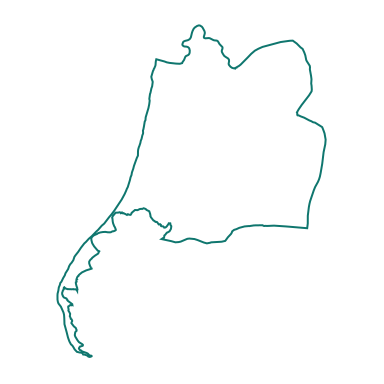 the district of Yaring, Pattani, Thailand, rotated 271°
{"feature_id": "78962969B69014167770577", "entity_name": "Yaring", "entity_type": "district", "adm_level": 2, "iso_a3": "THA", "parent_name": "Thailand", "parent_adm1": "Pattani", "projection": "orthographic", "projection_center": [101.357, 6.855], "detail": "fine", "context": "isolated", "style": "outline", "palette": "teal", "viewbox_px": 384, "rotation_deg": 271, "n_neighbors": 0, "source": "geoboundaries", "source_scale": "gbopen_adm2", "svg_char_len": 5855}
<svg xmlns="http://www.w3.org/2000/svg" viewBox="0 0 384 384"><g transform="rotate(271 192 192)"><path d="M330.6,302.9L333.5,301.8L337.0,300.1L338.5,298.0L342.3,294.1L345.1,290.1L344.9,287.0L343.5,278.1L338.3,260.0L336.4,255.9L334.4,252.4L331.2,248.8L327.3,245.2L320.2,238.4L318.9,236.8L317.4,234.3L317.1,234.3L316.8,233.1L316.2,233.0L316.5,231.1L316.9,229.8L318.0,228.2L319.8,226.7L320.8,226.4L323.6,226.8L325.0,226.6L326.1,225.8L327.7,223.2L328.7,221.8L330.6,220.5L332.4,219.5L333.3,219.3L334.3,219.4L335.6,219.9L336.8,220.0L337.5,219.8L340.3,217.0L343.1,215.3L343.8,214.2L344.0,211.8L344.2,210.9L346.1,207.0L346.2,205.8L345.9,202.7L346.2,201.6L346.5,201.3L347.2,201.1L350.7,202.0L351.8,202.0L353.2,201.6L356.4,199.8L357.5,198.9L358.6,197.0L358.7,195.9L358.1,194.2L357.0,192.6L356.5,191.9L355.2,190.8L353.1,189.8L351.3,189.2L346.8,188.2L345.6,187.6L344.7,186.9L343.7,185.2L343.0,182.5L342.5,181.4L342.1,180.8L341.4,180.4L339.5,179.8L338.6,180.0L338.2,180.3L337.4,181.6L337.2,184.2L336.8,185.4L336.1,186.3L335.3,186.8L333.4,187.3L331.1,187.2L330.0,186.8L329.2,186.2L328.8,185.7L327.9,183.8L327.5,183.3L326.7,182.8L324.0,181.8L321.4,180.1L320.7,179.9L320.0,177.6L320.1,173.9L320.7,167.3L321.2,164.5L322.0,162.3L324.1,154.0L322.4,153.6L320.3,153.4L319.2,153.4L317.7,153.2L315.0,152.1L314.4,151.7L313.3,151.4L312.4,150.9L306.5,149.3L304.2,149.8L302.1,150.6L301.4,150.8L296.9,150.3L294.9,149.6L290.3,148.7L289.3,148.3L284.3,147.7L282.6,148.1L279.0,147.7L275.2,147.0L265.9,144.4L263.0,144.2L261.6,143.5L257.3,142.9L253.8,142.3L252.7,141.9L250.2,142.1L249.4,142.0L247.9,141.4L244.1,140.6L242.4,139.9L240.1,139.5L236.9,138.5L236.0,138.1L233.7,137.5L232.1,137.3L227.4,137.3L225.0,136.2L217.0,133.5L214.4,132.9L210.5,131.6L207.9,131.2L205.6,130.3L202.7,129.7L195.8,127.7L194.0,126.8L192.1,126.1L188.8,124.7L183.2,121.8L171.8,114.5L168.2,111.9L165.3,109.5L158.9,104.8L156.7,102.3L152.4,98.7L150.7,96.9L146.0,92.5L143.4,89.6L140.3,86.9L138.7,85.2L134.4,82.0L130.2,79.3L126.8,76.7L125.2,75.6L121.7,74.5L119.1,72.8L117.6,71.5L115.6,70.4L112.8,69.5L108.5,66.9L106.5,66.3L103.7,64.7L100.0,63.0L98.7,61.9L96.8,61.5L94.3,60.5L91.1,60.1L88.1,59.4L86.4,59.3L82.0,59.4L79.9,59.8L78.2,60.4L75.1,62.9L69.3,65.6L67.0,66.2L63.7,66.5L57.6,66.8L49.7,69.1L44.5,70.5L42.3,71.3L40.3,72.1L37.6,73.6L36.3,75.1L34.5,76.3L32.6,77.4L30.2,79.7L29.5,82.7L29.5,83.9L28.9,85.3L27.6,86.0L27.5,87.6L26.6,90.2L25.7,91.1L25.3,92.3L25.5,93.5L26.0,94.5L26.3,94.5L26.6,94.1L26.8,92.4L28.5,90.8L29.2,89.5L30.4,85.8L30.8,84.8L31.8,83.6L32.0,82.7L33.4,81.7L33.8,81.7L34.6,82.1L35.5,82.7L36.2,85.0L36.5,85.5L37.2,85.6L37.8,85.1L39.9,81.6L41.6,80.2L45.4,77.8L46.9,77.3L49.7,77.7L50.6,78.3L51.2,79.0L52.0,79.0L54.1,78.1L55.6,76.2L58.8,73.7L59.7,73.9L60.2,74.2L61.0,74.5L62.5,73.9L62.8,73.6L63.0,73.0L64.3,72.7L65.6,72.0L68.0,72.3L69.5,71.6L71.2,70.5L72.1,70.7L74.8,70.2L75.4,70.3L75.5,70.6L76.8,72.2L76.6,73.5L76.9,74.1L76.8,74.4L77.8,74.2L81.0,69.8L81.6,69.2L82.3,69.2L83.1,68.3L83.4,68.2L84.2,66.0L84.6,65.5L85.7,64.7L86.4,64.6L87.0,64.1L88.7,63.9L89.5,64.1L90.6,64.5L91.3,64.6L92.4,65.5L93.6,65.4L94.2,65.6L94.5,66.0L94.0,66.4L93.5,67.2L93.1,67.8L92.9,68.8L92.7,69.1L92.7,71.1L92.7,72.2L92.6,73.1L92.8,75.1L92.6,75.3L92.7,77.1L91.9,78.5L91.2,78.9L91.9,78.9L92.4,79.2L93.5,78.9L94.1,78.9L95.8,78.2L98.5,77.5L99.7,77.4L100.3,78.2L101.3,77.9L102.0,77.9L102.5,78.0L102.6,78.3L102.8,78.1L103.0,78.1L104.7,78.7L105.3,79.0L106.1,79.9L106.3,79.8L107.4,80.7L109.7,83.4L111.8,87.6L113.6,93.0L113.8,93.0L114.0,92.4L114.3,92.2L115.6,91.8L116.2,91.4L118.7,90.5L120.4,90.4L121.3,90.8L122.5,91.6L123.9,93.1L124.4,93.3L126.6,96.0L128.7,99.1L129.1,99.4L130.5,99.9L131.1,100.3L131.4,99.8L131.7,98.8L135.9,95.1L138.6,93.4L139.4,93.0L142.4,92.2L144.1,92.2L144.7,92.4L146.1,93.6L147.1,94.9L148.4,97.8L149.1,98.7L149.9,100.8L150.4,103.4L150.6,106.1L150.2,108.9L150.3,109.5L150.2,110.6L150.4,111.6L151.3,113.2L151.3,113.9L151.8,115.3L152.5,116.4L152.8,116.5L154.1,116.1L155.8,115.3L156.5,114.8L159.2,113.7L160.8,113.3L164.1,112.9L164.8,112.6L166.5,113.2L170.0,116.0L170.1,118.6L170.5,119.9L170.3,120.6L169.6,121.1L170.0,121.7L169.9,122.0L170.1,122.2L169.6,122.4L169.5,122.7L169.7,124.0L169.3,124.3L168.9,125.6L167.9,127.4L168.7,128.3L168.2,129.4L168.1,131.0L169.5,131.9L170.1,132.0L173.0,135.3L172.9,137.9L174.0,140.0L174.2,141.0L174.3,142.4L174.2,142.5L174.9,144.0L174.2,146.0L173.3,146.8L172.0,149.6L169.2,150.6L168.7,150.6L168.0,150.9L167.2,150.8L166.0,151.4L162.9,153.9L162.5,154.9L162.3,154.9L161.7,155.7L161.4,156.3L161.5,156.8L161.2,157.7L159.4,159.0L159.0,159.3L159.3,160.6L158.6,161.4L158.3,161.2L158.0,161.3L157.5,161.6L157.2,162.3L157.1,163.8L156.5,164.5L155.9,164.8L155.9,165.5L156.2,166.3L157.1,167.3L159.7,169.1L160.3,169.3L160.3,170.8L158.3,171.2L157.7,171.8L157.2,171.9L155.6,171.7L154.6,171.5L152.3,170.2L151.2,168.4L151.1,167.9L150.1,166.9L149.0,166.2L148.0,165.1L146.6,165.0L145.2,164.5L145.4,163.8L144.4,162.4L142.5,172.1L141.4,176.3L141.7,179.5L142.2,181.6L145.1,188.1L145.4,190.2L145.0,195.3L144.1,198.3L141.7,204.7L140.9,207.8L141.6,211.1L142.0,212.0L142.8,222.5L143.7,226.1L147.4,228.7L150.7,231.7L151.9,232.4L153.4,232.9L154.9,234.8L155.6,237.0L157.0,239.9L158.5,245.2L158.9,249.0L158.9,249.9L159.7,254.6L160.0,263.1L159.4,264.1L159.3,265.4L159.4,265.7L159.4,268.5L159.8,274.5L159.2,286.8L157.8,307.8L162.5,308.3L170.3,308.2L178.9,309.1L182.4,309.7L185.0,310.3L195.7,313.7L199.1,315.0L204.4,317.8L206.9,318.8L209.6,319.6L213.3,320.3L222.4,321.7L234.2,322.9L242.0,324.4L246.7,324.7L252.9,323.5L255.6,322.5L259.0,321.1L259.3,320.8L263.5,313.8L263.9,311.7L264.8,310.2L265.6,308.1L268.3,302.8L269.5,299.4L270.5,297.2L270.5,296.2L271.0,295.9L273.0,295.8L273.4,295.5L276.5,297.2L280.9,300.1L290.6,307.3L294.7,309.8L296.5,310.0L300.3,309.7L302.5,309.3L306.8,309.5L310.2,309.0L316.7,307.7L318.8,307.8L320.3,307.5L324.8,304.5L326.0,303.9L330.6,302.9Z" fill="none" stroke="#0f766e" stroke-width="2"/></g></svg>